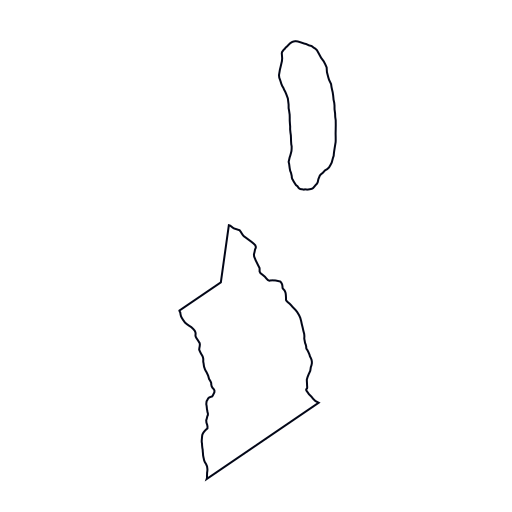 South Thiladhunmathe, Maldives (Albers equal-area conic projection), rotated 146°
{"feature_id": "70690204B40080676832228", "entity_name": "South Thiladhunmathe", "entity_type": "district", "adm_level": 2, "iso_a3": "MDV", "parent_name": "Maldives", "parent_adm1": "", "projection": "albers", "projection_center": [72.871, 6.495], "detail": "fine", "context": "isolated", "style": "outline", "palette": "ink", "viewbox_px": 512, "rotation_deg": 146, "n_neighbors": 0, "source": "geoboundaries", "source_scale": "gbopen_adm2", "svg_char_len": 4606}
<svg xmlns="http://www.w3.org/2000/svg" viewBox="0 0 512 512"><g transform="rotate(146 256 256)"><path d="M350.0,253.6L350.2,253.1L350.3,252.5L350.4,251.4L350.9,250.5L351.4,249.3L351.9,247.9L352.1,246.4L352.2,244.1L352.1,240.5L351.4,238.1L350.5,235.7L349.4,233.2L348.8,230.4L348.6,228.3L348.9,226.6L349.6,225.2L350.5,224.2L351.1,222.9L351.3,221.3L351.3,219.7L351.3,218.4L351.4,216.4L351.4,215.3L352.1,213.9L353.2,212.6L354.5,211.3L355.5,210.1L355.9,208.0L356.2,205.6L356.3,203.3L356.6,201.8L357.3,200.1L358.9,197.8L359.5,196.3L360.4,194.5L361.0,193.2L361.3,192.0L361.7,190.6L361.9,189.1L362.0,187.2L362.3,185.3L362.6,183.5L363.7,180.2L363.7,179.0L363.8,177.7L364.0,176.3L364.3,175.5L364.9,174.6L365.2,173.8L365.6,172.9L365.8,171.2L365.6,170.0L365.5,169.0L365.6,168.1L365.8,167.5L366.7,166.3L368.1,165.5L370.0,164.4L371.1,164.1L371.8,164.4L372.8,164.6L373.7,164.9L375.3,164.7L376.9,163.8L378.2,163.2L379.4,161.8L380.1,160.9L380.7,159.5L381.2,158.5L381.9,157.2L382.4,156.3L382.8,155.2L383.5,153.8L383.8,152.7L384.2,151.9L385.0,150.9L385.8,150.5L386.8,149.6L388.0,148.5L389.1,147.7L390.3,145.5L390.9,143.3L391.6,141.7L392.7,140.2L394.7,140.0L396.1,139.7L397.8,139.2L399.2,138.6L400.6,137.7L401.9,136.2L403.1,134.7L404.0,133.6L405.0,132.2L405.6,130.8L406.7,129.0L407.8,126.9L408.6,125.1L409.5,123.6L410.3,122.1L411.3,120.4L412.0,118.8L412.7,117.0L413.2,115.8L413.5,114.6L413.7,113.5L413.7,112.2L413.8,111.0L414.0,110.3L414.2,109.0L414.5,108.4L415.2,107.0L415.5,106.4L416.3,105.3L416.9,104.6L417.8,103.6L418.5,102.6L419.4,101.4L420.8,99.3L421.6,98.7L286.1,99.3L287.1,101.2L287.9,102.7L288.5,105.7L288.7,108.4L289.1,110.4L289.4,111.9L289.4,114.0L289.5,115.7L289.3,116.9L288.9,117.4L287.7,117.7L286.9,118.6L286.0,120.2L285.0,121.8L283.7,124.0L283.0,125.1L281.1,126.7L279.8,127.6L278.0,128.8L276.8,129.5L275.2,130.5L273.9,131.9L272.7,133.2L271.1,134.4L269.6,135.9L268.7,137.3L268.0,138.9L267.6,140.7L267.4,142.6L266.8,144.4L266.6,145.5L266.4,146.5L266.0,149.2L266.1,150.4L265.8,151.7L265.2,152.5L264.4,154.5L263.9,156.6L263.1,158.4L262.2,160.5L260.7,162.5L259.6,164.5L258.6,167.4L257.3,170.7L256.1,174.0L255.0,176.7L253.9,179.9L253.4,182.7L253.2,186.5L253.4,189.1L254.2,193.5L254.4,195.5L254.8,197.7L255.5,200.0L255.8,201.8L255.7,202.8L254.6,204.4L254.0,205.4L253.0,207.1L252.2,208.7L251.8,210.1L251.6,211.6L251.9,213.5L251.9,214.6L251.0,216.1L250.2,217.9L250.0,219.6L250.1,221.2L251.4,222.6L253.5,224.8L255.8,226.5L257.4,227.5L258.7,228.0L259.6,229.4L260.0,231.6L260.2,233.8L260.9,236.2L261.4,237.8L261.9,239.2L261.7,241.1L260.7,242.6L259.8,244.0L259.6,245.7L259.4,247.4L259.0,250.2L258.7,252.6L258.3,254.3L258.1,255.5L257.8,256.7L256.8,258.5L255.0,260.1L253.1,262.0L251.9,262.7L251.1,263.5L250.6,265.3L251.0,267.5L251.8,270.2L252.4,271.9L253.5,275.0L254.3,277.3L255.0,279.1L255.2,280.5L255.2,282.5L255.1,284.6L255.2,286.6L255.9,287.4L256.8,288.6L257.9,290.0L258.8,291.1L259.5,292.7L259.9,294.1L260.3,295.2L260.6,295.9L261.3,296.7L299.9,253.8L350.0,253.6ZM183.1,297.0L183.2,293.9L183.2,292.3L182.6,290.7L182.6,288.6L182.3,287.6L181.8,286.7L180.8,285.8L180.0,285.1L179.2,284.2L178.1,283.9L176.3,282.3L174.8,281.6L173.2,280.9L172.1,280.5L170.7,280.4L168.8,280.9L166.8,281.5L164.9,281.9L163.4,282.8L162.2,284.0L161.1,285.0L159.4,286.1L158.1,287.0L156.7,287.4L154.1,287.6L150.9,288.4L148.4,288.2L145.9,288.6L143.4,289.8L141.0,291.1L137.2,294.4L135.6,295.6L134.3,297.2L133.2,298.5L132.2,299.6L131.0,300.9L126.3,305.9L125.2,307.4L123.6,309.8L121.4,313.2L119.2,316.3L116.7,319.9L114.0,324.0L112.6,326.9L110.7,330.0L108.8,333.8L106.8,336.8L105.5,339.2L104.3,342.2L102.4,345.7L100.9,348.8L99.8,351.7L98.9,353.9L97.6,356.6L97.2,359.4L96.9,361.3L96.2,363.6L94.4,368.7L93.2,370.8L92.0,372.8L91.4,376.1L91.0,379.5L91.2,383.9L90.7,389.0L90.4,392.6L90.9,394.8L91.7,396.5L92.5,399.0L94.3,401.0L95.9,403.7L97.2,405.1L98.1,406.3L99.3,407.9L101.4,410.5L103.1,412.0L104.6,412.7L106.2,413.2L108.6,413.3L110.8,412.9L113.0,412.4L114.9,412.2L116.2,411.7L117.7,411.5L119.1,411.0L120.4,410.5L121.3,409.6L122.3,407.8L123.8,405.2L125.6,403.0L129.8,399.1L131.9,397.2L133.9,395.1L135.8,393.1L137.0,390.8L137.6,388.4L138.1,386.6L138.7,384.7L139.2,382.2L139.3,380.1L139.7,378.1L139.9,375.9L140.4,373.3L141.5,368.8L144.3,363.3L146.3,360.3L147.3,358.0L149.1,354.3L150.7,351.8L152.2,349.6L153.9,346.7L155.3,344.2L156.9,341.9L158.5,338.9L159.6,336.6L161.0,334.3L162.6,331.8L164.3,328.9L165.1,327.0L166.4,325.1L167.9,323.2L169.9,321.4L171.3,320.2L173.0,318.9L174.8,317.2L176.3,315.8L177.1,313.7L178.9,310.1L180.0,307.6L180.5,305.3L181.7,302.2L182.4,301.1L182.9,299.5L182.9,298.2L183.1,297.0Z" fill="none" stroke="#020617" stroke-width="2"/></g></svg>